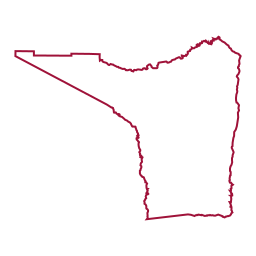 outline of San Javier, Córdoba, Argentina
{"feature_id": "61730980B55835159827036", "entity_name": "San Javier", "entity_type": "district", "adm_level": 2, "iso_a3": "ARG", "parent_name": "Argentina", "parent_adm1": "Córdoba", "projection": "orthographic", "projection_center": [-65.109, -32.093], "detail": "fine", "context": "isolated", "style": "outline", "palette": "rose", "viewbox_px": 256, "rotation_deg": 0, "n_neighbors": 0, "source": "geoboundaries", "source_scale": "gbopen_adm2", "svg_char_len": 5858}
<svg xmlns="http://www.w3.org/2000/svg" viewBox="0 0 256 256"><path d="M240.6,56.2L240.2,56.0L240.1,55.4L239.3,55.0L238.6,53.9L235.1,52.7L234.2,51.8L233.3,51.6L232.2,50.9L231.5,50.1L230.9,48.6L229.8,48.1L228.8,46.7L228.5,45.6L226.7,44.5L224.6,42.5L222.3,41.4L220.2,39.6L219.7,39.5L219.4,38.8L219.6,37.7L219.4,37.3L218.5,36.8L217.4,37.9L217.4,38.7L216.0,38.8L215.8,39.2L215.9,39.4L215.8,39.5L214.7,38.9L214.3,38.9L213.5,38.6L214.0,39.5L213.9,40.1L213.6,39.9L213.4,39.5L213.2,39.5L213.1,40.0L212.9,39.9L212.5,40.1L212.4,40.4L212.8,40.9L212.5,41.4L212.2,41.3L212.0,41.5L211.3,41.1L210.7,41.2L210.6,41.6L210.9,41.4L211.4,41.6L211.9,42.1L211.9,42.4L211.5,42.8L211.9,43.3L211.8,43.5L211.6,43.5L211.4,43.9L210.7,43.7L210.8,44.1L209.5,43.8L209.1,43.3L208.6,43.3L208.4,42.8L208.3,43.2L208.1,43.0L207.8,43.0L207.6,42.6L206.8,42.1L206.4,41.1L205.9,40.8L205.5,41.2L205.4,40.7L204.8,41.1L203.9,40.9L202.9,41.6L202.0,41.5L201.9,41.9L202.1,42.5L202.0,43.1L201.2,43.4L200.1,43.1L199.8,43.5L199.9,44.7L199.5,45.6L199.1,45.8L198.1,44.4L197.8,44.2L197.4,44.3L196.6,45.0L196.7,45.5L197.3,45.9L197.4,46.2L197.4,46.5L196.9,46.9L195.1,47.4L194.0,48.3L193.0,48.2L191.9,47.6L192.1,48.5L191.0,49.5L190.3,49.6L190.1,50.0L190.0,51.0L187.9,51.6L187.6,52.0L187.9,53.3L187.8,53.8L186.4,55.6L185.9,55.0L185.3,55.8L184.3,56.1L181.8,55.5L181.8,55.9L182.8,57.6L182.6,58.2L181.8,58.6L180.7,58.6L179.6,57.3L179.0,57.2L175.8,58.6L174.8,59.5L174.2,59.5L172.2,60.1L171.7,60.5L171.1,61.6L170.1,61.9L168.9,62.5L167.6,62.7L167.2,62.5L166.8,61.8L166.2,61.5L159.1,62.6L158.5,62.9L158.1,64.8L157.4,65.4L157.2,65.7L157.5,66.5L157.5,67.4L157.2,68.0L156.7,68.2L153.1,68.2L151.6,67.0L151.5,66.2L150.1,64.4L149.1,64.5L147.3,65.8L147.0,66.2L147.1,67.4L147.6,68.5L147.0,69.1L146.1,69.3L145.1,68.7L145.1,68.4L144.2,68.2L143.0,68.6L142.6,69.5L142.1,69.8L141.3,69.9L140.5,69.7L138.1,69.4L137.1,69.6L136.3,70.2L134.3,69.9L133.9,70.2L133.9,70.4L133.4,71.0L133.4,71.4L133.2,71.5L132.5,71.0L131.7,71.0L131.3,70.7L131.0,69.8L129.9,69.6L128.0,70.2L126.9,70.3L126.4,70.0L125.8,70.1L125.2,69.3L124.4,68.8L123.9,68.8L122.9,69.0L121.1,68.4L120.4,67.9L119.0,67.7L118.6,67.5L118.3,66.9L116.9,66.8L115.4,65.9L114.5,65.6L112.9,64.5L112.4,64.6L110.6,64.0L109.3,65.0L108.7,64.9L108.1,64.5L106.6,62.9L103.4,62.0L102.8,61.6L102.4,61.2L102.3,60.0L101.0,59.9L99.9,60.6L99.6,57.1L99.7,54.2L89.8,53.9L71.4,53.7L71.4,55.7L33.9,55.5L33.9,51.3L15.5,51.1L15.4,56.1L106.9,104.6L111.4,107.5L111.9,107.4L112.4,107.9L113.0,108.0L113.4,109.4L113.6,109.7L113.9,112.3L114.2,112.7L115.7,112.4L116.0,112.6L116.5,113.6L117.8,114.3L118.5,115.3L118.7,115.1L118.9,114.1L119.3,114.2L119.6,114.5L119.6,115.8L119.9,116.3L122.0,116.9L124.3,118.9L125.0,119.7L127.1,120.6L128.3,121.7L129.8,122.4L130.9,123.6L131.1,124.3L132.2,126.4L132.5,126.6L133.4,126.6L133.8,126.5L134.4,126.7L135.2,126.6L135.6,127.0L135.8,128.3L136.1,128.9L136.4,130.1L136.9,130.7L137.2,132.4L138.0,133.4L138.0,134.2L138.4,134.8L138.5,135.2L137.4,135.5L137.1,135.9L138.6,137.3L138.6,137.6L138.4,137.9L137.0,137.9L136.6,138.1L136.5,138.9L136.8,139.7L137.5,140.2L138.2,141.4L138.8,141.8L139.0,142.2L138.9,142.6L138.7,142.8L138.5,144.1L138.7,146.2L139.3,148.4L140.2,149.7L140.3,150.2L140.2,151.0L139.5,151.7L139.3,152.2L140.1,153.5L139.9,154.2L140.1,155.5L140.6,155.7L141.0,155.5L141.3,155.7L141.4,156.2L141.1,156.6L140.6,156.8L140.4,157.1L140.8,157.3L142.1,157.0L142.5,157.3L142.3,157.8L141.7,158.8L141.7,160.2L142.0,161.7L141.9,162.1L141.1,162.9L140.7,163.8L140.5,165.4L141.3,166.1L141.4,166.9L141.3,167.7L140.7,168.8L140.5,170.1L139.9,170.6L139.9,173.5L140.4,174.7L141.4,175.9L141.6,175.9L142.3,176.9L143.6,177.2L143.8,177.4L144.7,179.9L145.5,181.1L145.2,181.8L145.3,182.3L146.2,182.4L147.1,183.7L146.6,184.5L146.4,185.3L146.5,187.6L146.7,188.5L147.1,188.8L147.8,188.9L147.1,189.8L147.7,190.8L146.5,192.9L147.9,193.2L148.3,193.9L147.9,194.3L146.5,194.7L146.1,195.2L145.7,196.5L146.2,198.2L145.2,199.2L145.1,199.9L144.4,200.6L144.2,201.2L144.6,202.2L144.5,203.0L144.5,203.8L145.7,204.6L146.1,205.6L146.3,205.9L146.3,208.3L146.6,208.8L147.4,209.2L148.0,210.2L148.1,210.6L148.0,211.7L147.6,212.4L147.4,213.0L147.6,215.8L147.4,216.3L147.6,216.8L147.6,217.3L147.7,218.0L146.8,219.2L188.0,214.4L190.9,214.8L194.6,216.0L195.5,215.3L196.6,215.2L197.0,214.9L197.7,215.1L197.9,214.8L198.7,214.6L200.4,215.1L201.1,214.9L201.5,215.2L202.0,214.9L204.6,215.9L206.6,215.7L206.9,215.4L207.4,215.6L208.0,215.2L209.9,215.3L210.1,215.0L211.5,215.4L212.8,215.2L213.3,215.5L215.1,215.7L218.2,214.6L221.8,215.9L222.3,216.4L222.6,216.3L222.8,216.8L224.7,217.4L225.7,216.6L226.4,216.6L227.4,216.1L228.5,216.1L230.2,215.4L231.1,214.1L231.3,213.3L232.4,212.5L232.1,212.0L231.9,210.9L231.4,210.3L231.5,207.9L231.3,207.2L230.4,206.8L230.8,205.7L231.1,205.8L230.7,204.4L229.6,202.1L230.9,202.2L231.3,198.7L231.1,198.0L231.2,196.2L230.8,195.9L231.5,195.9L231.4,194.7L232.2,194.9L232.1,193.9L231.9,193.5L231.2,193.4L231.0,192.4L230.0,190.9L230.9,191.1L231.0,190.2L230.7,188.8L231.4,188.5L231.5,188.2L231.4,185.8L231.9,185.1L232.6,185.0L232.9,184.7L231.8,184.1L231.8,183.7L231.0,182.7L230.4,182.8L229.9,182.6L229.4,181.1L229.4,180.5L229.9,180.0L229.7,179.5L229.6,178.1L229.9,177.0L229.9,176.1L230.3,175.1L230.6,175.1L230.7,172.6L230.5,171.5L230.0,171.0L230.0,168.5L230.5,166.5L231.5,164.8L232.2,162.2L232.0,160.4L232.0,158.1L232.6,156.6L232.6,155.2L233.6,152.5L233.5,151.8L231.7,147.8L231.9,146.7L232.5,146.2L232.6,142.8L233.4,137.9L234.1,136.0L234.2,132.0L235.8,129.6L236.8,126.3L238.2,117.4L237.9,112.7L239.0,110.4L238.4,108.2L239.0,105.2L237.7,103.3L237.1,102.7L236.5,102.5L236.4,101.6L236.1,100.8L236.0,97.9L236.4,94.4L237.1,92.5L237.3,91.1L236.9,89.6L237.3,87.8L237.0,86.4L237.7,84.9L238.5,79.3L237.9,77.9L236.8,76.6L237.1,75.5L238.4,74.1L239.3,72.0L239.5,71.0L239.0,69.1L238.0,68.0L238.0,67.1L238.8,66.4L238.8,65.4L239.5,63.9L239.1,60.5L239.6,58.9L240.6,56.2Z" fill="none" stroke="#9f1239" stroke-width="2"/></svg>